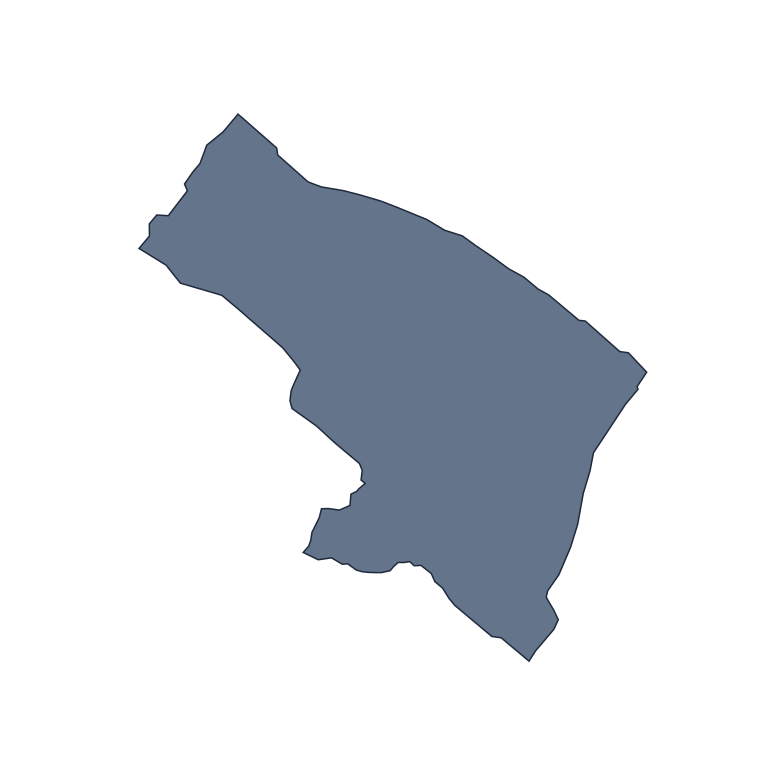 the district of Abu Kershola, South Kordufan, Sudan, rotated 130°
{"feature_id": "16777658B31438962952191", "entity_name": "Abu Kershola", "entity_type": "district", "adm_level": 2, "iso_a3": "SDN", "parent_name": "Sudan", "parent_adm1": "South Kordufan", "projection": "robinson", "projection_center": [30.867, 11.992], "detail": "fine", "context": "isolated", "style": "filled", "palette": "slate", "viewbox_px": 768, "rotation_deg": 130, "n_neighbors": 0, "source": "geoboundaries", "source_scale": "gbopen_adm2", "svg_char_len": 2295}
<svg xmlns="http://www.w3.org/2000/svg" viewBox="0 0 768 768"><g transform="rotate(130 384 384)"><path d="M503.1,94.7L501.6,95.0L490.5,96.4L487.2,96.3L485.9,96.3L466.5,96.2L462.5,96.2L454.0,98.6L452.5,99.0L450.6,103.2L448.1,108.6L445.1,117.2L443.8,120.6L443.7,120.9L442.9,122.8L437.1,125.7L417.9,127.4L408.6,130.2L388.9,136.2L388.7,136.3L367.1,145.4L356.0,151.7L339.4,161.2L330.0,165.2L326.5,166.7L317.8,170.5L302.1,179.3L297.9,179.8L243.9,186.0L224.8,186.0L224.6,186.3L224.4,186.6L223.4,188.4L223.0,188.5L222.3,188.5L221.2,188.7L219.8,188.8L219.0,188.9L218.6,189.0L215.6,189.3L215.2,189.3L210.9,189.8L206.1,190.4L203.0,216.9L207.6,224.2L206.4,270.3L209.9,275.6L209.9,303.3L209.9,315.1L212.2,326.9L212.2,339.5L212.2,344.8L212.2,345.4L215.6,362.5L216.8,381.0L219.1,403.4L220.2,419.2L227.2,436.3L230.6,457.4L235.3,471.9L239.9,486.4L245.7,503.5L253.7,522.0L261.8,539.1L273.4,558.9L278.0,572.1L276.9,612.6L272.2,617.9L271.1,669.3L294.2,669.3L315.0,673.3L325.5,669.5L333.5,666.7L345.1,666.7L352.2,666.0L359.0,665.4L362.4,658.8L385.6,657.8L393.7,657.4L400.6,666.7L412.2,666.7L421.4,658.8L437.6,658.8L437.1,655.2L435.2,642.3L433.5,630.6L433.0,627.1L433.8,623.5L435.9,613.3L436.6,609.6L437.1,607.2L437.6,604.7L436.4,602.0L430.4,588.3L424.8,575.6L421.8,568.7L420.3,565.2L420.3,548.1L420.3,542.5L420.6,529.8L420.8,515.3L421.3,489.9L421.4,484.8L422.7,477.9L424.1,470.4L424.9,466.4L427.2,457.1L431.2,456.0L434.9,455.0L436.5,454.5L441.8,453.0L445.7,451.9L445.9,451.8L449.2,450.6L449.6,450.3L457.3,445.3L461.9,438.7L461.3,430.4L460.4,419.6L459.6,408.4L460.0,398.7L460.5,388.4L460.7,382.9L460.7,382.0L460.7,362.3L460.7,351.7L464.2,345.1L472.3,339.9L472.3,334.6L474.9,335.0L480.4,335.9L483.9,335.9L489.6,338.5L498.9,332.0L509.3,337.2L512.4,342.2L512.9,343.0L515.1,346.5L517.6,349.3L519.7,351.7L527.8,347.8L528.4,347.6L544.0,343.8L550.9,339.6L556.5,337.5L558.7,337.5L561.5,337.6L563.8,337.6L565.0,337.6L560.9,321.4L554.2,315.4L550.9,312.5L548.9,300.2L545.1,296.2L544.7,290.5L544.3,285.7L542.0,280.4L538.5,275.1L535.1,270.7L530.0,264.6L526.6,262.0L523.1,259.3L517.7,259.3L511.5,258.4L508.1,254.1L503.5,250.1L503.8,244.0L499.2,239.1L498.8,225.9L502.7,218.0L502.7,207.9L506.5,196.2L508.1,187.5L508.1,139.1L503.1,131.1L503.1,95.8L503.1,94.8L503.1,94.7Z" fill="#64748b" stroke="#1e293b" stroke-width="1.5"/></g></svg>